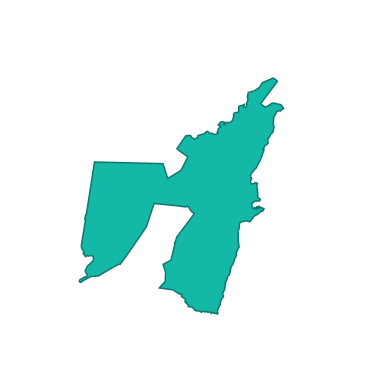 the district of Machakos Town, Eastern, Kenya, rotated 38°
{"feature_id": "3690345B82288903067354", "entity_name": "Machakos Town", "entity_type": "district", "adm_level": 2, "iso_a3": "KEN", "parent_name": "Kenya", "parent_adm1": "Eastern", "projection": "equal_earth", "projection_center": [37.261, -1.568], "detail": "fine", "context": "isolated", "style": "filled", "palette": "teal", "viewbox_px": 384, "rotation_deg": 38, "n_neighbors": 0, "source": "geoboundaries", "source_scale": "gbopen_adm2", "svg_char_len": 6075}
<svg xmlns="http://www.w3.org/2000/svg" viewBox="0 0 384 384"><g transform="rotate(38 192 192)"><path d="M287.3,272.1L286.8,271.4L285.9,270.7L285.5,270.0L284.8,269.5L284.7,268.8L284.7,268.1L284.4,267.5L284.2,266.2L283.3,265.1L283.4,264.5L283.8,263.8L283.5,263.0L282.4,261.8L282.1,261.1L281.8,260.7L281.5,258.4L281.1,258.1L281.3,255.4L281.1,254.8L280.3,254.2L279.0,253.6L278.5,252.8L278.4,251.8L278.1,251.1L278.1,250.6L277.7,248.9L277.5,248.3L276.6,247.0L276.4,246.2L275.7,244.9L275.3,243.9L274.8,243.7L274.0,243.9L273.9,241.0L273.5,239.7L272.6,237.6L271.9,236.6L271.9,235.8L272.4,234.8L272.5,234.1L272.0,233.6L271.7,232.9L271.3,231.5L270.5,230.2L270.3,229.4L269.9,228.9L269.5,228.8L269.1,226.9L268.9,226.3L268.6,223.4L266.7,218.1L266.5,217.2L266.3,215.1L265.9,214.4L264.6,212.9L264.2,212.1L263.4,208.9L263.2,208.3L263.0,206.3L262.5,206.0L261.6,204.9L258.9,202.4L257.1,200.1L256.9,199.5L255.8,198.7L254.2,196.3L252.2,194.6L252.0,193.9L251.9,192.5L251.6,191.8L250.5,189.8L249.6,188.9L248.6,186.3L251.2,182.7L253.2,180.9L254.9,180.4L256.1,179.5L255.8,172.9L256.4,171.2L257.4,169.4L257.9,167.2L257.9,166.3L258.0,165.6L258.5,164.6L259.2,164.0L259.5,163.2L259.5,162.6L259.4,161.8L259.2,161.1L258.8,160.8L258.3,161.0L257.9,161.3L257.8,161.8L257.4,161.5L256.9,161.3L256.3,161.4L255.1,162.7L254.7,162.2L254.2,161.9L253.6,161.9L253.4,162.3L254.1,163.6L254.3,164.3L254.0,164.9L252.9,163.5L252.2,163.4L252.1,164.2L252.9,165.6L253.0,166.4L252.6,166.5L252.2,166.3L251.8,165.8L251.4,165.6L250.6,166.5L250.0,167.6L249.1,167.0L247.8,166.1L246.8,165.0L246.3,164.2L246.8,162.3L247.0,161.0L247.3,160.1L248.7,159.4L249.3,158.7L250.9,157.4L250.2,155.5L248.9,155.8L247.3,155.8L247.1,155.2L246.5,155.1L246.0,154.6L245.5,153.4L244.0,152.0L242.7,150.7L242.4,150.2L241.5,149.4L241.1,148.9L240.4,148.6L239.6,147.7L238.9,146.7L238.5,145.5L238.2,144.9L236.6,145.3L236.1,145.9L235.8,146.8L235.4,147.4L234.6,148.3L233.5,149.3L232.9,149.0L232.5,148.5L231.7,148.0L231.3,147.5L231.1,147.0L231.1,146.4L231.3,145.8L230.2,144.2L228.9,144.2L228.2,143.0L227.8,142.6L227.4,142.5L227.4,141.8L227.5,141.0L227.5,136.2L227.6,134.3L227.9,133.3L227.5,132.6L227.5,132.0L227.2,131.2L227.1,130.0L226.4,125.9L224.5,119.3L223.8,117.8L223.3,115.8L222.7,114.3L221.6,114.7L221.6,113.2L221.5,112.6L221.1,111.9L221.1,110.5L221.3,110.0L221.5,108.6L221.8,108.0L221.8,107.4L221.9,106.7L221.2,105.8L219.7,104.6L219.3,103.7L219.0,100.4L218.4,97.8L218.5,97.1L219.0,95.3L218.9,94.6L218.6,94.1L218.1,93.6L217.5,91.9L217.0,91.2L216.8,90.3L216.2,90.2L215.7,89.7L215.0,89.3L214.3,88.1L213.9,87.8L213.2,87.0L212.1,85.2L211.6,84.6L211.0,83.6L210.6,83.1L210.1,81.9L209.9,79.0L209.8,78.4L209.4,77.3L209.6,76.2L209.8,75.6L210.4,74.6L210.8,74.1L211.8,73.8L211.8,72.0L212.1,71.4L212.7,70.6L212.9,70.0L212.1,69.5L211.4,69.6L210.3,68.8L207.9,68.6L205.5,69.9L202.9,70.9L201.4,72.1L200.7,72.3L199.7,74.6L199.6,75.3L199.1,76.9L197.7,79.7L197.3,80.1L191.7,80.2L191.3,56.1L191.1,52.1L186.6,52.0L186.1,52.2L185.5,52.6L182.5,58.4L182.1,58.8L181.3,60.5L180.8,61.0L180.5,61.8L180.3,62.5L180.2,63.6L180.2,64.8L180.7,65.6L180.6,68.7L179.4,72.0L178.9,73.4L178.7,74.1L177.9,75.3L176.8,76.4L176.2,77.6L175.3,78.7L175.1,79.2L175.7,80.0L176.1,81.2L177.0,82.8L177.8,83.5L178.0,83.9L179.0,84.3L179.4,85.2L180.2,87.7L180.5,88.3L181.1,89.0L181.3,89.6L181.6,90.0L181.9,90.6L182.0,91.6L182.4,92.4L182.1,92.8L180.4,93.4L179.4,90.6L178.0,93.1L176.4,95.2L176.3,95.9L176.6,96.6L177.2,97.1L177.8,98.2L178.5,98.9L179.3,100.0L179.4,100.7L177.3,102.8L176.9,103.4L176.8,104.1L176.9,104.9L177.2,105.6L178.2,106.7L178.6,107.3L179.0,108.8L179.4,109.3L179.7,110.0L179.9,111.2L179.4,112.2L179.1,114.0L178.6,114.8L177.4,115.0L176.3,116.0L175.8,116.2L176.1,118.2L175.9,119.1L175.3,119.1L175.1,117.8L174.7,117.3L174.4,117.3L173.7,117.4L173.0,117.7L172.1,118.7L171.4,119.2L171.5,120.3L171.4,123.0L172.8,122.7L173.4,122.4L174.1,122.5L173.8,125.7L174.2,127.0L174.9,128.0L174.8,129.0L175.3,129.5L176.3,129.5L175.8,131.2L175.5,131.7L175.1,132.1L173.0,133.3L171.6,133.4L171.0,133.6L170.7,134.3L170.2,134.8L169.6,135.2L168.7,134.6L167.5,134.5L166.6,134.8L166.2,135.3L166.0,137.3L165.7,138.7L162.7,142.6L161.9,144.3L163.1,146.0L161.8,147.6L161.5,148.9L161.0,149.3L160.1,149.0L159.5,149.0L158.4,149.2L156.3,148.4L155.6,148.6L154.7,149.3L152.5,151.7L153.5,167.2L158.7,167.3L165.2,166.9L166.6,167.0L167.2,167.2L170.0,181.7L164.6,196.3L151.7,187.5L96.7,228.4L122.8,275.2L122.3,275.6L124.2,279.3L124.8,278.8L137.7,302.2L138.8,303.5L139.9,304.2L140.9,304.8L143.9,305.6L143.9,307.3L148.0,308.4L148.4,306.7L149.5,306.5L150.3,305.7L151.1,304.8L152.4,303.8L153.0,303.7L153.9,303.8L155.0,304.5L155.5,305.1L156.1,306.3L156.3,308.0L156.0,310.6L155.3,313.9L155.3,314.8L156.1,318.9L156.3,319.7L156.9,320.4L160.2,321.6L160.6,322.0L161.0,322.6L160.9,323.3L160.7,324.0L159.7,325.1L158.9,327.5L157.9,329.3L157.7,330.1L157.8,330.8L158.0,331.3L158.4,331.9L159.1,332.0L159.5,331.9L160.0,331.6L160.3,331.1L161.1,328.1L164.5,320.7L169.9,315.8L174.8,303.3L178.6,294.2L179.9,293.3L179.4,278.7L177.6,248.4L177.2,246.7L169.2,224.4L186.7,213.3L196.0,207.8L196.8,206.8L197.4,205.7L199.7,206.4L203.9,207.8L204.4,207.8L205.0,207.6L207.1,207.7L207.4,216.6L207.5,224.4L207.6,230.5L207.7,236.1L207.6,236.9L208.9,239.7L209.5,241.7L209.5,242.6L209.7,243.2L210.2,243.6L210.6,243.6L217.4,258.7L213.8,266.8L220.7,271.6L225.9,278.9L225.3,287.7L237.7,280.6L241.4,280.6L245.9,279.8L246.8,278.8L248.0,280.8L248.4,281.0L249.0,280.8L251.7,280.6L252.2,280.3L253.1,280.5L253.4,281.8L254.0,282.7L254.6,282.9L255.1,282.8L255.6,282.5L256.1,283.2L258.3,283.2L258.9,284.0L259.6,284.5L260.6,284.1L263.1,282.5L264.1,282.8L264.7,282.8L265.7,283.2L266.3,283.3L267.7,283.3L268.7,282.8L269.1,282.8L269.7,282.1L271.1,281.3L271.7,281.1L272.2,281.1L272.7,280.9L273.3,281.0L273.8,280.4L274.3,279.2L274.7,278.7L275.1,278.6L276.3,278.5L276.5,277.8L277.1,276.9L277.6,276.8L278.0,277.2L278.6,277.0L279.3,276.0L280.3,275.4L280.8,275.4L281.2,275.2L281.6,275.3L281.8,275.8L282.1,275.4L282.6,274.4L283.0,274.2L283.4,273.6L283.8,273.6L284.2,273.9L284.7,273.8L285.0,273.0L285.6,272.5L286.8,272.7L287.3,272.1Z" fill="#14b8a6" stroke="#0f766e" stroke-width="1.5"/></g></svg>